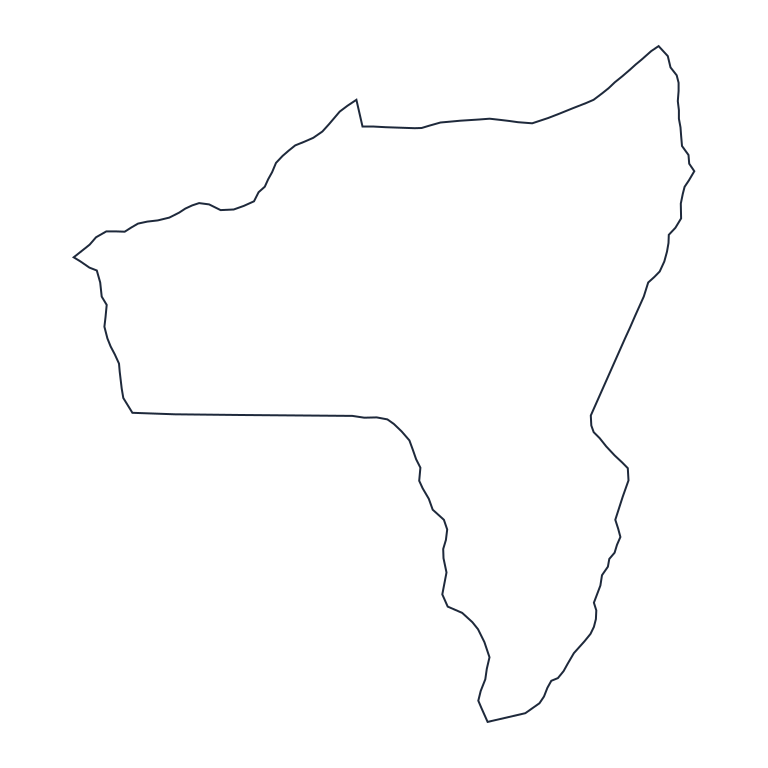 Fátima, Tocantins, Brazil (Albers equal-area conic projection)
{"feature_id": "56859067B58627839244807", "entity_name": "Fátima", "entity_type": "district", "adm_level": 2, "iso_a3": "BRA", "parent_name": "Brazil", "parent_adm1": "Tocantins", "projection": "albers", "projection_center": [-48.87, -10.831], "detail": "fine", "context": "isolated", "style": "outline", "palette": "slate", "viewbox_px": 768, "rotation_deg": 0, "n_neighbors": 0, "source": "geoboundaries", "source_scale": "gbopen_adm2", "svg_char_len": 2312}
<svg xmlns="http://www.w3.org/2000/svg" viewBox="0 0 768 768"><path d="M643.8,296.5L648.2,282.5L654.3,277.0L659.7,271.5L664.3,261.5L667.0,251.6L668.5,243.0L668.8,234.8L675.4,227.8L681.1,218.4L680.8,203.6L682.8,193.8L684.6,186.8L688.9,180.4L694.3,171.2L689.2,163.7L688.5,155.0L682.0,146.0L681.1,135.5L680.5,127.4L678.9,118.7L678.9,110.2L677.8,101.1L678.6,91.0L678.6,82.8L676.7,75.3L670.5,67.4L667.8,56.1L658.6,46.1L651.2,51.1L641.6,59.6L635.8,64.4L630.6,69.1L622.5,76.1L614.8,82.3L608.7,88.1L602.6,93.0L593.6,99.8L586.2,103.0L572.9,108.2L559.8,113.5L548.2,118.0L532.2,123.3L518.0,122.2L509.5,121.0L500.3,119.9L489.6,118.7L479.1,119.5L460.4,120.7L448.4,121.8L440.5,122.5L429.2,125.7L421.6,128.0L414.6,128.2L400.1,127.7L385.5,127.2L372.7,126.5L362.5,126.5L356.4,99.8L347.4,105.8L339.7,111.6L334.7,117.5L329.0,124.2L322.4,131.5L313.3,137.8L304.4,141.7L295.2,145.4L288.6,150.7L282.6,155.9L276.0,162.9L272.1,172.2L268.2,179.2L264.8,186.7L258.6,192.2L254.0,201.3L243.8,205.9L233.7,209.5L220.6,210.1L209.1,204.4L199.1,203.1L192.2,205.4L185.3,208.6L179.2,212.6L169.3,217.6L157.8,220.4L147.3,221.6L138.0,223.6L131.3,227.5L124.7,231.7L115.9,231.4L106.3,231.4L96.0,237.3L89.7,244.6L82.8,250.1L73.7,257.3L80.4,261.4L89.4,267.6L96.8,270.5L100.2,282.5L101.7,296.6L106.7,304.9L105.5,317.4L104.4,326.7L107.4,338.4L110.6,346.4L114.8,354.4L119.0,363.6L119.7,371.6L121.7,388.5L123.3,398.0L132.4,412.8L174.8,414.3L241.1,415.0L352.4,415.9L364.3,417.7L376.7,417.4L387.4,419.4L393.9,424.0L401.6,431.4L409.4,440.4L412.8,449.7L416.1,459.2L420.4,467.7L419.2,480.8L422.7,488.4L428.8,498.8L432.7,509.7L443.9,519.8L447.2,529.5L445.9,540.0L443.2,549.0L443.5,558.2L446.5,572.5L442.3,594.4L447.7,606.6L462.2,612.9L472.3,622.1L478.0,629.2L484.4,642.1L489.5,657.3L486.8,668.8L485.3,679.3L480.7,691.0L478.3,700.7L481.5,708.2L487.6,721.9L525.3,713.2L539.5,703.2L544.0,696.5L547.4,687.8L551.3,680.8L557.9,678.1L563.6,671.1L567.7,663.7L573.9,653.1L584.4,641.4L590.5,633.9L593.9,626.9L595.9,619.1L596.3,610.4L593.9,602.7L600.4,585.5L602.0,575.2L607.9,566.7L609.3,558.9L614.6,552.7L617.0,544.8L620.4,537.0L618.2,528.8L615.3,519.8L622.7,496.8L628.5,480.4L627.8,468.2L622.1,462.4L614.6,455.4L606.2,446.4L599.7,438.2L593.7,432.2L591.3,425.5L590.8,415.5L625.4,337.6L630.0,327.6L635.0,316.1L643.8,296.5Z" fill="none" stroke="#1e293b" stroke-width="2"/></svg>